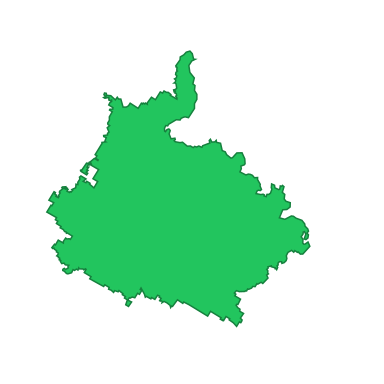 the district of Goulburn Mulwaree, New South Wales, Australia, rotated 292°
{"feature_id": "25037944B47240806764449", "entity_name": "Goulburn Mulwaree", "entity_type": "district", "adm_level": 2, "iso_a3": "AUS", "parent_name": "Australia", "parent_adm1": "New South Wales", "projection": "albers", "projection_center": [149.879, -34.902], "detail": "fine", "context": "isolated", "style": "filled", "palette": "green", "viewbox_px": 384, "rotation_deg": 292, "n_neighbors": 0, "source": "geoboundaries", "source_scale": "gbopen_adm2", "svg_char_len": 5881}
<svg xmlns="http://www.w3.org/2000/svg" viewBox="0 0 384 384"><g transform="rotate(292 192 192)"><path d="M246.5,74.7L246.3,76.1L248.5,79.5L246.1,80.5L246.1,82.0L247.1,83.0L245.9,83.6L244.0,82.4L241.5,82.2L240.6,87.1L239.1,87.5L238.0,84.9L237.1,84.8L236.5,88.0L230.7,87.2L227.6,88.5L224.3,88.0L223.1,88.8L222.7,90.8L219.8,89.3L216.4,92.6L214.8,91.7L213.2,92.3L211.3,88.9L210.3,89.4L210.3,92.1L206.2,92.2L206.1,93.1L204.2,89.9L203.5,90.4L190.3,88.2L189.9,90.3L187.1,89.9L186.6,93.0L185.9,92.9L186.6,88.9L181.9,86.4L180.7,87.6L181.1,85.6L179.8,85.4L179.3,83.4L171.1,81.6L170.9,80.9L170.4,80.5L170.2,80.6L170.7,81.6L169.5,81.5L168.4,87.9L170.3,88.3L170.7,86.5L173.1,87.5L173.1,86.1L176.3,86.9L175.8,85.4L178.4,85.5L178.5,86.6L179.3,86.9L177.8,97.0L167.2,95.2L166.4,100.6L159.1,99.5L160.9,94.1L161.9,94.2L162.5,90.4L160.9,90.2L161.1,87.1L164.4,88.8L165.3,83.0L163.6,82.1L161.9,83.2L158.3,82.5L156.1,83.4L155.8,81.5L152.4,82.6L149.3,79.7L148.9,80.7L146.6,79.9L146.8,78.8L145.7,78.6L145.9,75.8L147.9,76.1L147.6,75.2L148.8,75.0L149.0,73.8L147.3,73.5L147.5,72.5L149.5,72.8L148.1,69.9L147.2,69.7L146.9,71.2L143.2,69.0L142.1,69.1L141.7,70.1L138.0,69.5L137.9,70.3L136.6,70.1L137.0,67.4L138.3,67.6L138.8,65.4L140.3,65.6L140.6,64.0L130.8,62.4L130.3,67.8L126.7,67.2L126.9,66.2L119.0,64.9L117.5,76.0L115.1,75.7L114.7,78.5L112.0,78.1L111.0,83.5L109.4,83.2L109.0,86.7L107.6,88.7L107.9,90.0L106.7,91.0L107.3,91.6L106.3,97.6L102.5,97.0L102.7,95.7L101.6,93.6L102.0,92.1L97.9,91.2L96.5,91.8L97.3,86.0L91.8,85.2L92.1,84.1L87.9,82.9L87.4,84.0L88.3,85.0L87.4,85.8L86.9,88.4L85.7,88.7L85.5,90.6L84.1,91.2L82.1,90.5L82.0,92.2L81.0,92.7L81.2,93.9L80.1,94.6L78.9,93.9L79.5,94.6L79.2,96.0L78.4,95.9L76.8,98.0L78.1,100.0L77.0,101.8L77.9,105.2L76.5,104.9L75.3,105.7L72.8,103.9L73.4,102.2L71.9,101.2L70.8,101.6L70.7,103.4L69.4,106.1L69.6,107.6L72.0,110.6L75.5,110.8L75.3,112.5L77.2,113.7L76.9,115.5L79.2,115.4L78.5,116.4L79.8,119.8L79.3,120.8L80.9,122.0L80.6,122.8L76.9,122.3L75.7,130.1L73.2,129.7L71.3,145.5L73.3,145.9L72.5,150.9L70.6,151.1L70.7,153.7L69.5,156.9L71.6,157.3L71.8,160.9L73.3,161.2L71.8,166.1L70.7,165.9L70.1,169.4L68.4,169.1L67.8,172.5L62.6,172.8L62.1,176.0L67.4,177.2L67.7,173.0L70.4,173.5L70.5,174.5L72.2,175.9L72.5,178.6L77.7,179.5L77.4,181.6L82.0,182.3L82.3,180.5L83.9,180.7L79.5,186.1L77.0,188.1L78.1,188.7L77.5,193.9L79.0,194.1L78.5,197.8L83.4,198.8L83.4,200.4L83.3,201.0L82.2,200.9L81.8,203.2L79.1,202.7L79.0,203.4L79.7,203.5L79.3,205.6L78.2,205.7L80.1,207.1L79.8,210.4L78.7,214.1L76.9,215.5L78.6,215.8L78.6,216.8L86.6,218.9L85.3,225.2L86.9,225.6L86.4,231.3L82.8,253.0L88.3,253.9L86.3,266.1L84.7,265.8L84.3,268.5L84.9,268.6L84.6,269.5L89.3,270.2L88.6,274.5L87.4,274.3L86.2,279.4L84.1,283.7L89.4,284.6L89.1,286.2L90.5,286.5L92.1,286.4L93.2,284.1L98.7,285.3L99.3,280.9L101.3,280.4L101.9,277.7L103.5,275.3L104.6,275.5L104.9,276.7L110.8,277.1L111.8,270.6L113.7,270.9L114.2,269.1L117.2,270.2L117.3,273.1L119.6,278.3L120.4,278.5L120.7,279.7L122.9,279.9L123.0,281.0L125.2,283.2L127.2,283.7L127.9,286.0L131.3,286.5L131.2,287.5L134.2,289.9L133.7,291.9L140.7,294.7L143.0,292.3L144.7,293.5L145.1,292.6L147.4,291.8L148.2,290.3L150.1,291.1L151.1,290.4L153.2,293.2L152.4,293.5L152.8,297.1L152.1,297.8L152.7,298.1L151.7,299.6L154.1,299.7L155.5,298.5L156.6,299.2L158.3,298.4L160.1,299.1L160.9,301.2L159.5,302.1L161.0,303.9L163.5,305.0L165.8,304.9L168.3,303.3L172.0,303.6L175.2,306.2L174.3,308.9L176.2,309.3L175.5,312.3L176.2,312.8L175.0,315.7L176.0,318.0L185.8,321.6L189.1,318.3L186.0,316.3L185.5,315.2L186.1,313.9L189.8,312.5L191.4,310.0L194.6,310.7L196.5,310.1L197.4,311.1L195.5,313.3L190.5,313.6L190.5,315.4L192.7,316.7L195.9,316.0L197.0,314.0L199.3,314.7L201.2,313.1L202.7,309.6L204.7,308.4L206.9,304.5L206.7,298.2L207.5,295.2L207.0,293.1L201.5,288.4L200.8,282.7L209.5,282.8L211.3,286.5L214.8,288.6L218.9,287.1L218.6,282.6L220.1,280.1L224.5,278.9L225.5,275.9L231.4,275.3L232.0,273.4L230.7,272.8L230.7,271.6L227.4,272.3L226.7,271.4L226.9,267.3L229.2,266.0L229.3,262.8L225.6,263.9L224.6,265.0L220.4,265.2L218.6,264.2L217.9,262.4L215.5,262.5L215.4,260.3L216.4,260.2L216.6,258.7L215.4,256.8L214.5,252.0L217.2,251.9L218.5,252.8L218.9,254.8L220.3,255.5L223.1,252.8L224.7,252.4L228.1,248.1L230.0,247.4L228.6,244.5L230.1,241.8L230.2,239.4L229.7,237.5L228.0,235.6L228.6,228.9L232.1,229.0L234.3,227.6L236.9,230.4L238.1,230.6L242.5,228.5L247.1,223.7L245.0,218.9L239.0,216.7L238.0,215.4L239.6,210.1L241.7,207.8L241.7,204.5L247.9,200.2L247.2,196.2L248.9,195.1L247.0,194.4L245.7,191.7L247.8,189.3L246.2,188.7L244.1,190.2L239.0,184.6L237.1,184.4L237.2,181.1L235.4,179.4L235.3,177.4L233.6,176.5L234.1,173.3L232.7,170.5L234.6,164.6L233.3,162.4L232.3,157.6L232.9,156.2L234.4,156.8L235.5,156.0L233.5,152.6L237.3,149.0L240.7,148.8L241.7,147.6L241.6,146.5L240.2,145.3L238.0,144.8L238.2,143.8L240.9,142.6L243.8,142.8L244.2,144.7L246.0,144.9L253.1,150.3L254.3,154.0L256.2,154.3L257.9,155.9L259.1,157.4L259.6,160.9L270.4,163.0L274.9,161.2L279.7,161.8L284.4,159.9L287.0,156.3L291.8,154.9L292.6,152.3L298.6,151.4L302.1,145.2L308.1,141.7L313.4,142.7L316.2,145.2L315.8,143.7L320.4,140.4L321.9,137.3L319.5,134.3L316.1,133.0L312.8,130.5L310.1,131.4L302.3,129.6L302.9,130.1L302.0,130.3L302.0,131.4L299.1,132.3L298.7,133.2L296.9,132.3L294.7,132.8L294.1,134.4L292.0,134.7L290.3,133.4L289.7,135.1L287.5,135.3L286.4,134.6L286.8,135.8L286.1,136.8L282.6,138.9L281.0,138.3L279.8,136.7L279.1,137.2L279.4,138.0L278.4,137.9L278.9,138.9L277.4,139.0L277.4,140.4L275.8,141.6L274.7,141.0L273.5,142.9L272.4,143.2L273.5,135.7L274.5,135.9L275.5,132.6L274.8,130.8L275.2,128.2L272.7,127.7L272.9,125.1L263.9,123.5L264.7,118.9L257.7,117.1L256.6,117.7L257.0,115.4L255.9,115.2L256.2,113.4L255.1,113.2L255.4,111.8L249.4,110.7L251.2,101.4L248.1,100.8L246.1,99.3L244.9,96.3L251.5,91.2L250.7,89.0L251.9,87.2L248.7,86.4L250.9,80.6L249.7,76.7L251.4,75.5L251.0,73.8L249.2,73.9L248.2,76.3L246.5,74.7Z" fill="#22c55e" stroke="#15803d" stroke-width="1.5"/></g></svg>